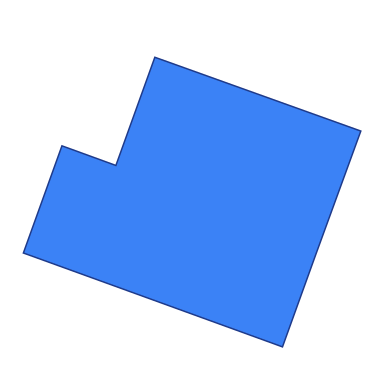 Turner, South Dakota, United States of America, rotated 110°
{"feature_id": "52423323B55012152338707", "entity_name": "Turner", "entity_type": "district", "adm_level": 2, "iso_a3": "USA", "parent_name": "United States of America", "parent_adm1": "South Dakota", "projection": "mercator", "projection_center": [-97.158, 43.292], "detail": "fine", "context": "isolated", "style": "filled", "palette": "blue", "viewbox_px": 384, "rotation_deg": 110, "n_neighbors": 0, "source": "geoboundaries", "source_scale": "gbopen_adm2", "svg_char_len": 272}
<svg xmlns="http://www.w3.org/2000/svg" viewBox="0 0 384 384"><g transform="rotate(110 192 192)"><path d="M77.0,54.2L78.1,273.0L193.1,272.6L193.1,330.0L307.0,329.6L306.8,214.5L306.6,54.0L208.1,54.3L77.0,54.2Z" fill="#3b82f6" stroke="#1e3a8a" stroke-width="1.5"/></g></svg>